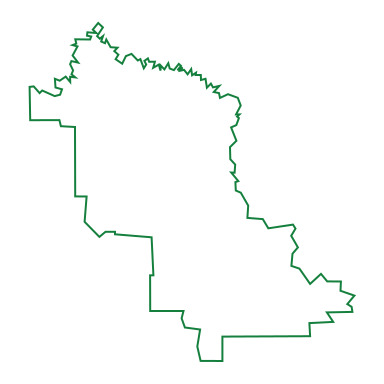 the district of Swan Hill, Victoria, Australia
{"feature_id": "25037944B58383707208646", "entity_name": "Swan Hill", "entity_type": "district", "adm_level": 2, "iso_a3": "AUS", "parent_name": "Australia", "parent_adm1": "Victoria", "projection": "orthographic", "projection_center": [143.117, -35.101], "detail": "medium", "context": "isolated", "style": "outline", "palette": "green", "viewbox_px": 384, "rotation_deg": 0, "n_neighbors": 0, "source": "geoboundaries", "source_scale": "gbopen_adm2", "svg_char_len": 1799}
<svg xmlns="http://www.w3.org/2000/svg" viewBox="0 0 384 384"><path d="M29.6,86.9L30.2,120.2L59.4,120.1L60.9,126.2L75.0,127.0L75.2,196.4L86.6,196.5L84.6,221.8L99.4,236.9L105.5,231.8L115.0,231.8L115.0,234.3L151.6,237.3L153.4,275.3L150.1,275.3L150.2,311.0L183.5,311.0L181.6,318.3L184.9,327.5L200.1,329.5L197.3,346.5L200.6,360.9L222.4,361.0L222.4,336.6L310.1,336.2L309.4,323.1L333.2,321.9L326.9,312.4L352.4,311.9L351.6,306.8L347.3,304.1L354.4,295.6L340.5,290.8L340.9,281.5L327.2,281.4L321.0,273.9L310.1,283.9L299.4,268.6L291.4,265.9L292.5,253.7L297.9,247.4L291.2,235.8L295.5,228.6L293.0,224.6L268.3,228.3L262.8,219.1L247.4,217.9L248.2,205.6L240.8,192.7L235.8,190.5L235.4,182.1L238.3,181.1L231.2,172.5L234.6,172.7L235.2,164.6L230.3,159.2L230.0,147.1L236.4,140.8L231.1,127.4L236.3,125.1L238.9,118.1L237.1,116.6L239.5,114.4L236.1,114.4L240.7,105.5L237.8,97.8L228.0,94.2L220.0,97.9L219.0,93.1L213.8,92.0L219.3,85.9L213.0,87.4L210.9,83.6L206.9,87.7L205.5,78.8L201.0,80.0L200.8,75.0L195.6,75.0L196.0,72.7L192.1,75.3L191.2,69.1L187.6,74.3L184.1,69.9L180.2,70.7L182.6,67.5L177.5,70.2L181.0,65.9L178.8,63.9L173.9,70.1L169.7,68.5L168.3,63.2L164.4,69.4L160.7,65.5L160.5,70.6L158.8,64.6L153.2,67.8L154.9,61.7L149.2,61.8L147.9,58.4L144.4,60.9L146.2,64.5L143.8,68.3L140.4,59.1L137.8,60.5L131.5,53.9L125.9,56.1L122.2,63.7L115.6,59.2L118.4,54.7L114.3,51.1L117.5,47.7L110.6,47.2L106.3,39.5L105.0,43.2L101.2,41.5L103.0,36.1L99.8,38.7L97.1,36.1L102.9,27.4L98.2,23.0L92.8,29.6L96.3,33.0L87.4,32.3L87.0,35.7L91.2,36.5L90.1,39.5L75.3,39.3L76.3,43.6L72.6,45.1L77.5,46.4L72.6,55.5L78.1,62.6L71.4,61.1L70.1,64.2L73.1,70.4L71.5,74.3L75.3,77.4L70.1,76.8L70.2,82.0L65.7,76.6L59.7,80.7L54.9,78.8L55.5,87.5L62.0,89.3L60.1,94.7L54.7,96.1L42.2,90.5L39.6,93.1L33.7,86.4L29.6,86.9Z" fill="none" stroke="#15803d" stroke-width="2"/></svg>